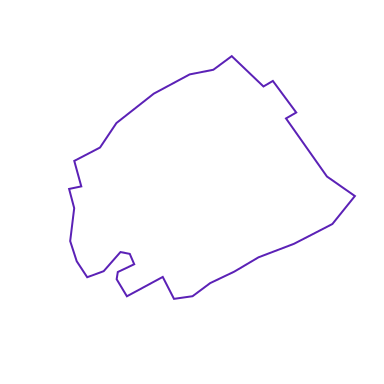 Zarbdar, Jizzakh, Uzbekistan (Mercator projection), rotated 327°
{"feature_id": "79887680B43682608044415", "entity_name": "Zarbdar", "entity_type": "district", "adm_level": 2, "iso_a3": "UZB", "parent_name": "Uzbekistan", "parent_adm1": "Jizzakh", "projection": "mercator", "projection_center": [68.136, 40.115], "detail": "fine", "context": "isolated", "style": "outline", "palette": "violet", "viewbox_px": 384, "rotation_deg": 327, "n_neighbors": 0, "source": "geoboundaries", "source_scale": "gbopen_adm2", "svg_char_len": 572}
<svg xmlns="http://www.w3.org/2000/svg" viewBox="0 0 384 384"><g transform="rotate(327 192 192)"><path d="M135.7,279.7L157.6,278.3L184.1,281.8L212.2,283.0L249.4,291.0L292.3,295.3L326.4,284.1L313.6,252.5L310.9,181.5L322.7,182.1L320.3,142.9L309.4,142.4L299.3,99.7L276.5,101.1L254.1,92.1L213.5,88.7L166.2,93.0L139.1,104.6L110.2,101.8L102.2,127.0L90.6,122.5L84.4,141.4L63.1,166.8L57.6,187.3L57.7,206.4L74.8,210.3L99.3,203.4L106.1,210.0L104.2,221.1L86.2,218.7L81.3,224.1L80.6,244.0L121.2,247.3L118.7,271.8L135.7,279.7Z" fill="none" stroke="#5b21b6" stroke-width="2"/></g></svg>